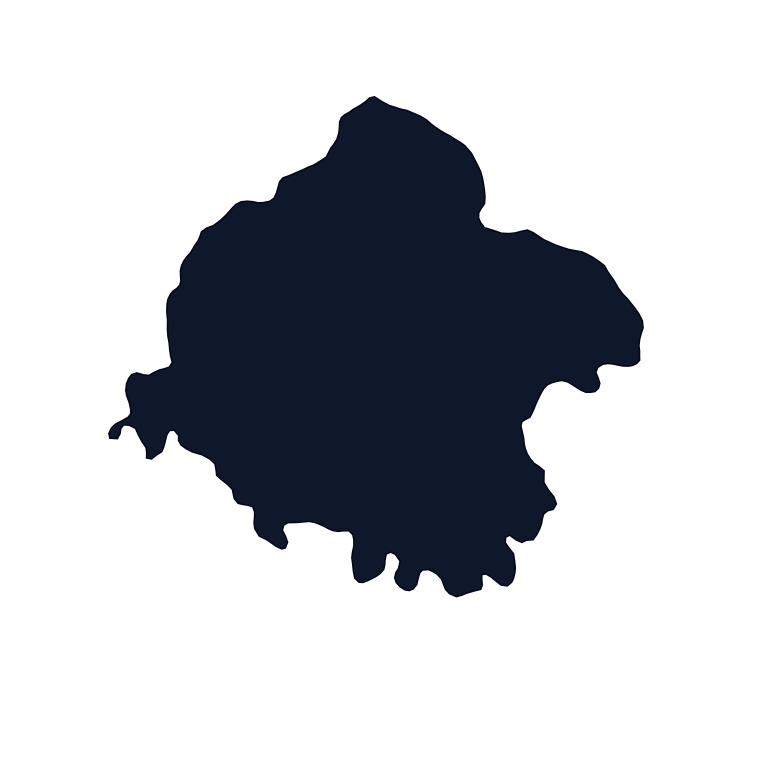 the district of Indianópolis, Minas Gerais, Brazil, rotated 320°
{"feature_id": "56859067B71925312752547", "entity_name": "Indianópolis", "entity_type": "district", "adm_level": 2, "iso_a3": "BRA", "parent_name": "Brazil", "parent_adm1": "Minas Gerais", "projection": "equal_earth", "projection_center": [-47.866, -18.967], "detail": "fine", "context": "isolated", "style": "filled", "palette": "ink", "viewbox_px": 768, "rotation_deg": 320, "n_neighbors": 0, "source": "geoboundaries", "source_scale": "gbopen_adm2", "svg_char_len": 4359}
<svg xmlns="http://www.w3.org/2000/svg" viewBox="0 0 768 768"><g transform="rotate(320 384 384)"><path d="M139.1,249.2L144.6,254.5L149.9,252.4L153.6,249.0L158.1,248.0L162.0,251.3L165.1,258.2L163.2,264.9L161.7,272.0L160.8,279.9L157.9,284.3L154.6,288.0L157.7,292.0L164.6,292.2L170.3,293.0L174.3,290.9L178.8,287.8L185.0,283.3L189.9,281.8L193.6,284.6L193.6,291.5L190.3,295.1L189.3,300.4L190.9,306.6L193.4,312.6L195.9,316.6L198.9,320.8L202.2,328.9L203.2,336.5L200.1,341.9L197.1,346.4L197.9,352.4L199.6,360.4L200.0,367.5L197.7,371.6L195.6,375.5L195.5,381.6L198.3,385.4L201.8,389.4L204.5,393.6L202.8,398.6L199.1,403.0L195.2,406.8L192.0,411.8L190.7,420.4L194.2,428.2L197.0,438.9L199.7,444.7L203.1,446.1L208.5,443.2L210.7,437.1L212.1,430.8L216.3,427.7L221.2,428.4L224.9,431.4L228.8,434.5L232.6,437.1L238.3,441.1L241.6,445.0L244.2,449.5L246.7,454.7L248.7,459.7L250.8,463.6L253.9,467.2L258.6,470.4L262.7,473.8L263.3,479.3L260.7,484.1L256.7,488.8L252.0,492.4L247.7,496.4L244.1,502.1L240.5,507.3L236.8,513.9L237.5,519.9L240.5,522.6L245.0,524.1L250.2,525.4L253.7,526.2L259.2,526.7L264.5,525.9L268.4,522.9L271.7,519.4L276.4,515.7L281.2,517.2L283.2,522.0L282.4,530.1L276.6,534.6L271.9,536.1L267.6,539.3L265.8,543.8L265.9,549.3L267.6,555.0L270.5,558.4L274.4,559.8L280.1,558.7L286.0,554.3L290.1,551.6L294.1,551.3L298.8,554.8L300.9,559.2L302.4,563.7L302.7,570.5L300.8,575.9L299.2,580.6L299.4,586.7L302.8,593.5L307.8,595.8L312.7,597.3L320.7,600.8L326.1,603.5L330.0,601.2L333.2,596.7L336.4,592.8L340.1,595.3L342.0,600.8L343.3,608.0L344.4,613.2L348.6,617.9L354.4,617.9L358.3,616.1L362.6,613.0L366.4,609.3L369.8,604.2L374.1,597.3L374.3,589.9L374.9,583.6L378.6,579.6L383.1,580.6L385.0,588.3L387.8,594.0L392.7,595.3L398.1,599.1L403.5,597.8L407.0,596.5L411.0,594.6L415.2,592.0L419.0,588.8L422.7,586.3L427.9,586.3L433.0,588.8L438.9,586.8L441.6,579.9L441.8,570.7L443.2,562.2L447.6,557.1L450.8,553.5L449.7,547.0L448.0,541.3L448.0,535.4L448.8,529.6L450.7,524.2L453.1,519.7L456.4,514.9L459.2,509.4L461.9,504.2L465.3,501.6L469.7,502.1L474.4,503.2L477.9,501.8L481.8,500.0L487.5,496.9L492.5,494.6L496.7,492.7L500.1,491.3L504.0,490.1L508.5,489.6L513.4,490.9L518.7,493.3L522.7,495.8L526.2,500.8L528.6,507.9L530.7,514.9L533.4,520.2L537.0,523.1L540.7,525.4L545.7,525.1L549.7,522.3L551.6,517.9L553.8,511.2L558.4,508.7L564.1,509.4L568.4,512.0L571.7,515.2L574.8,519.1L578.4,523.6L582.8,527.5L586.5,529.6L590.8,530.7L595.1,530.1L598.0,526.5L600.9,523.1L604.0,518.4L608.8,513.9L613.7,510.5L618.6,507.5L622.6,501.6L624.4,493.7L625.0,485.6L625.2,474.6L624.7,469.1L625.2,460.7L626.6,453.3L627.6,441.8L628.9,435.1L627.7,429.2L625.6,421.9L623.1,415.3L620.5,409.9L616.3,404.9L612.2,399.9L609.2,395.2L606.3,390.5L604.1,386.6L601.8,381.6L599.1,376.1L597.7,371.3L595.7,364.3L592.9,358.3L587.5,355.4L581.4,352.5L576.2,348.9L570.8,343.9L567.8,338.7L565.1,334.4L561.5,329.0L561.8,322.3L563.2,317.6L566.7,313.7L572.1,311.8L576.9,310.5L581.2,306.1L584.4,301.7L588.0,296.1L591.9,289.3L594.6,283.3L595.8,278.6L597.4,272.0L599.3,263.4L599.1,253.2L597.6,247.4L595.6,241.8L593.8,235.8L591.9,231.3L589.9,225.6L588.2,219.6L587.1,214.6L586.3,209.0L583.9,202.0L581.0,196.3L577.5,189.4L573.5,184.2L570.3,179.0L567.0,173.9L564.4,167.5L562.9,163.0L561.3,157.8L556.8,155.6L551.9,155.8L546.1,155.4L540.8,154.6L537.3,153.8L531.9,153.5L527.0,152.5L522.7,152.5L518.4,154.8L514.6,159.0L510.7,162.7L505.2,166.3L499.4,168.2L495.3,169.0L490.5,171.0L485.9,173.0L482.3,172.7L478.3,172.2L474.6,171.7L469.9,170.8L465.5,169.2L460.1,167.9L454.3,166.1L448.6,164.5L444.0,163.0L439.1,161.1L434.0,162.0L429.2,165.3L424.2,168.7L419.1,171.0L413.7,170.5L407.7,167.2L403.8,164.0L400.7,160.0L396.6,155.9L391.5,152.5L385.8,151.2L380.5,151.7L376.9,152.3L371.9,153.0L363.9,153.5L355.2,153.0L348.5,150.6L342.1,150.1L338.1,152.5L333.5,154.8L327.9,156.3L323.9,157.8L319.8,159.1L314.6,159.8L309.5,161.1L305.0,163.2L300.9,166.3L297.6,170.5L294.9,174.2L291.4,176.9L286.7,177.6L282.5,177.2L278.2,177.9L273.0,180.2L269.1,183.4L265.6,187.3L263.0,190.5L259.5,195.7L253.5,202.6L249.2,208.5L245.7,214.6L241.8,220.1L238.6,225.3L235.5,231.6L230.1,233.0L224.8,230.8L221.3,229.0L214.9,227.2L209.5,226.4L205.5,222.2L201.7,216.5L196.7,214.6L192.1,215.6L187.0,218.2L182.0,223.0L179.4,227.6L176.9,234.5L173.7,240.6L170.8,244.0L166.7,245.0L162.6,244.3L157.2,243.2L152.2,242.1L146.9,242.5L141.5,245.0L139.1,249.2Z" fill="#0f172a" stroke="#020617" stroke-width="1.5"/></g></svg>